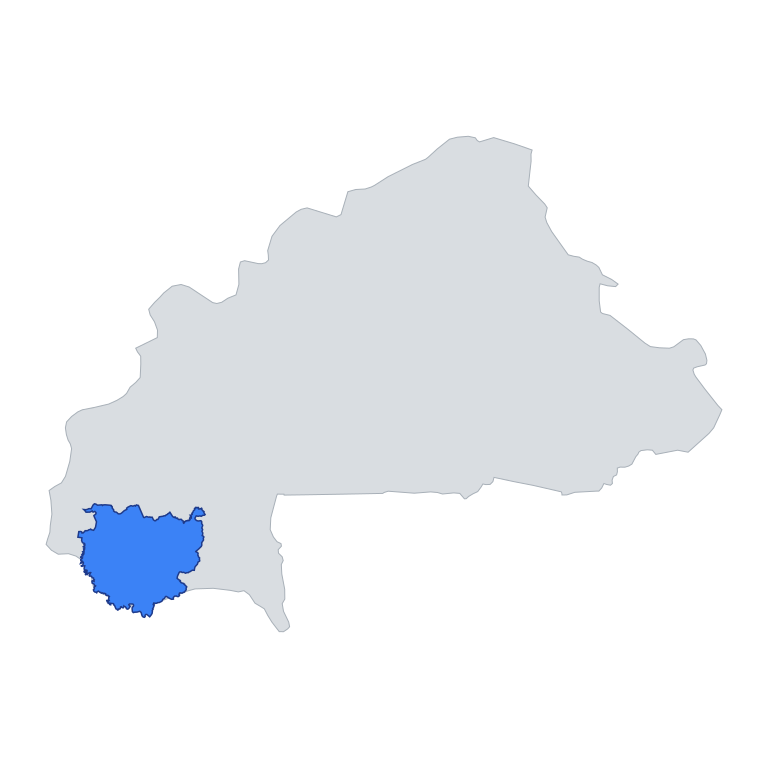 location of Comoe, Komoé, Burkina Faso
{"feature_id": "67063806B6461887322435", "entity_name": "Comoe", "entity_type": "district", "adm_level": 2, "iso_a3": "BFA", "parent_name": "Burkina Faso", "parent_adm1": "Komoé", "projection": "orthographic", "projection_center": [-4.497, 10.243], "detail": "fine", "context": "in_parent", "style": "filled", "palette": "blue", "viewbox_px": 768, "rotation_deg": 0, "n_neighbors": 0, "source": "geoboundaries", "source_scale": "gbopen_adm2", "svg_char_len": 9029}
<svg xmlns="http://www.w3.org/2000/svg" viewBox="0 0 768 768"><path d="M596.8,491.1L574.8,492.3L566.8,494.9L562.0,495.0L561.8,493.0L561.2,491.8L533.3,485.4L513.8,481.6L494.0,477.4L492.9,481.6L490.1,484.4L485.9,484.6L482.9,484.0L480.9,487.3L477.7,491.6L473.2,493.7L468.7,496.4L466.2,498.7L464.4,498.8L459.8,493.4L453.8,492.9L442.5,494.0L437.5,492.5L430.6,491.9L414.3,493.2L388.2,491.2L384.0,492.5L382.8,493.4L357.0,493.9L328.6,494.4L304.9,494.8L284.1,495.1L284.0,494.2L277.4,494.1L276.6,496.0L270.8,517.8L270.2,529.7L273.4,537.0L277.0,541.7L281.0,543.6L281.4,546.2L278.2,549.7L278.5,553.2L282.2,556.8L283.2,560.6L281.3,564.5L281.8,574.1L284.7,589.3L284.8,599.1L282.2,603.6L283.5,611.3L288.7,622.1L289.6,626.7L287.8,628.8L283.5,631.7L279.2,631.6L274.1,625.0L271.9,622.1L267.8,615.5L264.3,608.8L259.6,605.9L255.0,603.2L249.4,594.7L244.0,590.7L238.3,591.9L230.0,590.3L213.2,588.3L195.1,588.9L187.7,590.9L180.3,594.0L161.5,600.8L154.1,604.2L148.5,612.7L142.2,612.5L135.8,609.8L131.8,605.9L123.2,606.8L115.0,603.0L107.0,595.6L101.1,593.2L93.6,587.9L91.5,577.7L86.8,570.5L82.5,560.6L76.0,556.1L68.5,553.7L58.2,554.2L51.4,550.2L46.1,544.4L47.5,539.4L49.9,532.2L50.3,525.4L51.9,514.2L50.9,500.3L49.1,490.5L54.8,486.5L61.4,482.9L65.5,476.3L69.8,461.4L71.6,448.6L70.3,443.9L68.1,440.1L66.4,434.6L65.4,427.8L66.6,421.9L71.6,416.5L77.8,411.9L82.3,409.8L94.0,407.5L108.6,404.1L117.0,400.3L123.2,396.5L126.6,393.4L130.1,387.2L135.8,382.4L140.2,377.5L140.8,363.9L140.7,356.2L137.5,351.9L135.7,348.2L157.3,337.6L157.5,330.1L154.5,321.8L150.2,315.0L148.7,309.2L154.6,302.4L159.9,297.2L163.8,292.9L172.2,286.2L181.1,284.5L189.1,287.0L212.7,302.6L216.8,303.5L221.7,302.3L227.9,298.2L236.0,294.9L238.9,284.4L238.6,269.0L240.4,262.0L244.6,260.7L258.2,263.6L261.7,263.7L265.6,262.7L268.5,260.0L268.3,255.0L267.7,250.6L272.0,236.3L280.0,225.5L296.2,212.0L301.2,209.3L307.1,207.9L336.3,216.9L341.0,214.6L347.9,191.7L355.8,189.5L365.2,189.0L371.3,187.0L374.5,185.4L388.2,176.6L412.4,164.5L425.5,159.3L428.0,157.4L437.3,148.9L449.5,139.2L457.4,137.2L468.3,136.3L475.3,137.8L477.2,140.5L479.5,141.9L493.7,137.6L514.3,143.8L532.1,150.0L531.0,154.0L531.1,161.2L529.8,172.5L528.3,186.1L535.8,194.8L544.8,204.1L547.2,207.8L545.1,217.1L546.8,222.6L551.7,231.6L559.8,243.0L568.2,254.8L573.8,256.3L579.2,257.1L582.5,259.2L587.3,261.2L592.0,262.5L596.2,265.0L598.9,267.5L602.4,274.8L611.7,279.5L618.1,284.1L615.6,286.6L607.7,285.8L600.1,283.8L599.2,287.3L599.2,300.8L600.6,312.0L602.4,313.5L610.0,315.4L628.3,329.6L644.9,343.1L650.4,346.6L659.5,347.8L669.5,348.2L673.8,346.8L683.4,339.7L688.6,338.8L693.4,338.9L696.0,339.9L700.8,345.5L705.4,354.0L706.9,360.3L706.5,363.7L705.1,365.0L697.1,366.8L693.7,368.1L692.9,370.0L694.2,374.2L695.8,376.9L704.9,389.1L717.9,405.5L721.9,409.7L719.8,414.7L713.7,427.8L709.0,433.4L688.1,452.2L677.6,450.2L655.8,454.4L652.4,450.2L647.3,449.8L640.9,450.6L638.7,452.3L638.0,454.1L635.8,456.7L631.9,464.1L628.8,466.0L624.9,467.2L620.1,467.1L617.3,468.1L617.4,471.7L616.6,474.9L613.4,476.5L612.1,480.1L612.4,483.5L610.5,485.2L606.4,484.4L603.9,483.5L601.7,488.0L598.9,491.1L596.8,491.1Z" fill="#d9dde1" stroke="#a8b0b8" stroke-width="1"/><path d="M201.6,508.2L200.5,508.8L200.0,508.7L199.9,509.0L198.6,509.0L198.3,508.7L198.4,507.5L198.1,507.4L196.6,507.8L196.0,507.3L195.2,508.3L195.0,508.1L194.6,508.4L194.4,508.9L194.7,509.7L193.3,511.0L192.8,512.4L191.9,513.3L191.9,513.7L192.3,514.1L192.2,514.4L191.3,514.9L191.1,515.3L190.3,515.3L191.0,516.2L190.3,516.9L190.7,517.6L191.3,517.3L191.3,518.0L190.5,517.8L189.8,517.9L189.6,518.4L190.1,519.6L189.5,520.2L189.0,520.1L188.8,520.7L187.7,520.4L187.0,520.9L186.6,520.7L186.2,520.8L185.6,521.0L185.5,521.5L184.5,521.6L184.2,522.9L183.7,523.2L183.3,522.7L183.6,522.3L183.7,521.5L183.1,520.9L182.4,520.8L181.5,519.4L179.9,519.3L179.2,519.6L178.2,519.3L177.5,518.1L176.7,518.1L176.4,518.3L175.6,517.7L175.4,517.0L175.2,517.0L175.0,517.5L174.5,517.5L174.3,517.1L173.8,517.3L172.6,516.5L169.9,512.2L169.6,512.3L169.0,513.2L167.9,513.7L167.4,514.4L166.0,515.0L165.2,515.8L163.9,515.8L163.2,516.2L159.3,516.8L158.4,518.7L157.8,519.5L157.0,519.4L156.5,519.7L155.7,520.7L154.6,520.7L153.4,519.8L152.2,517.2L150.5,517.3L149.9,516.9L149.3,517.2L148.3,517.1L146.5,516.5L144.2,517.6L143.6,517.4L138.4,505.4L137.6,505.4L136.7,504.9L135.8,505.4L135.5,506.0L134.7,505.5L132.8,506.2L131.8,505.8L130.8,505.7L127.8,507.2L126.6,508.2L126.8,509.4L124.3,510.6L121.3,513.3L119.9,513.9L118.2,513.8L117.1,512.7L116.2,512.1L114.9,512.0L113.6,511.0L113.7,509.9L112.1,507.9L112.3,507.3L112.1,506.5L111.3,506.2L111.3,505.5L111.1,505.4L109.9,505.2L105.1,504.8L103.5,504.9L102.4,505.5L102.0,504.8L97.5,505.2L95.9,504.1L94.4,503.8L93.1,505.0L91.1,508.8L89.9,508.6L88.6,508.7L87.8,509.2L86.0,509.7L83.7,509.5L84.8,510.5L86.0,512.2L89.9,512.1L92.1,511.0L92.2,511.4L93.1,512.1L94.8,511.4L95.9,512.5L96.1,513.0L95.9,513.2L95.9,513.7L95.7,514.2L93.9,515.5L94.1,516.4L96.5,521.8L95.5,527.3L93.6,530.3L91.6,529.8L91.1,529.4L91.1,529.6L90.2,529.5L89.0,529.7L87.8,530.5L86.9,530.7L85.1,530.7L84.5,531.7L82.9,532.8L82.9,533.0L81.8,532.9L81.7,531.9L81.4,531.7L80.5,531.5L78.8,531.6L77.9,537.2L81.9,537.8L81.6,540.5L82.3,542.3L83.2,543.1L84.4,543.4L84.7,543.8L84.7,544.2L84.0,544.6L84.5,545.6L84.8,545.4L84.8,545.9L84.4,546.4L83.5,546.5L83.2,546.8L84.7,547.9L83.5,548.9L83.6,549.2L84.5,549.2L84.5,549.6L83.8,550.5L84.0,551.5L83.3,551.4L82.7,551.7L83.7,552.8L83.0,552.9L82.6,553.5L82.9,553.8L83.4,553.4L83.7,554.2L83.3,554.5L82.6,554.4L82.0,554.6L82.8,555.8L82.4,556.0L82.0,555.8L80.7,557.0L80.7,557.4L82.1,557.6L82.5,557.9L81.9,558.8L80.8,559.3L80.8,560.5L81.3,560.9L81.8,560.9L81.7,561.7L81.0,562.2L80.5,563.4L82.2,562.7L82.9,561.9L83.4,562.6L83.4,563.3L82.6,565.3L81.5,565.6L81.2,565.9L81.6,566.3L82.0,566.4L82.8,566.0L84.7,565.8L84.4,567.4L84.1,568.0L84.2,569.3L85.2,570.0L86.8,570.2L87.2,570.9L86.9,571.3L86.1,571.5L85.6,571.0L84.7,571.1L84.3,570.9L84.0,571.6L84.5,572.4L86.9,572.5L87.0,572.7L85.6,573.9L85.4,574.3L85.6,574.7L86.5,574.4L87.2,574.6L87.5,574.0L88.7,573.1L90.1,572.5L90.7,572.6L89.8,574.5L89.3,574.9L89.2,575.6L89.5,576.1L90.7,576.0L91.6,576.4L91.9,577.2L92.5,577.8L93.5,578.0L93.6,579.1L94.3,579.7L93.7,580.5L94.1,581.0L94.1,581.4L92.2,580.7L91.9,581.2L92.1,583.1L93.9,584.0L94.2,584.4L94.2,585.0L95.6,585.9L95.3,586.4L94.6,586.5L94.1,587.1L94.4,587.9L94.3,588.6L94.0,589.3L93.4,589.8L93.8,591.1L94.8,592.0L96.1,592.3L96.7,592.8L97.2,591.7L98.4,591.1L100.1,592.4L100.8,592.4L101.3,593.1L102.7,592.9L103.3,593.6L104.3,593.3L105.5,593.7L105.7,593.8L105.7,594.7L106.5,595.5L107.9,595.3L108.6,596.1L109.2,596.3L109.4,596.6L108.8,597.2L108.8,598.2L108.5,599.2L109.2,600.5L106.8,600.4L106.7,600.6L107.4,602.0L108.2,601.9L108.2,603.2L109.1,603.0L109.4,603.2L109.5,604.3L110.2,604.8L110.7,604.8L110.7,603.3L113.3,603.6L113.6,603.9L113.7,604.9L114.5,605.4L115.8,608.5L116.1,609.0L117.2,609.2L117.5,610.0L118.4,609.8L119.0,608.8L119.8,609.0L120.4,608.2L120.5,607.0L120.9,606.8L121.3,606.7L121.6,607.3L122.4,607.4L123.0,607.9L123.8,606.8L123.9,606.0L124.6,606.6L125.2,606.7L126.2,607.8L126.3,608.5L127.1,609.1L128.0,609.1L129.2,608.0L130.2,606.3L130.0,606.0L129.4,605.8L128.8,604.7L129.0,604.5L129.5,604.0L132.4,604.0L133.2,604.3L133.6,605.1L133.4,606.3L132.2,607.5L132.1,609.0L132.4,611.6L133.2,612.5L133.4,612.6L134.6,612.2L137.0,612.1L139.8,611.3L140.9,612.2L141.2,612.7L141.8,615.0L142.3,616.2L143.2,617.0L144.4,617.3L144.8,617.0L145.2,616.5L145.0,615.7L145.2,615.1L146.0,614.4L146.9,614.5L149.7,616.8L151.3,614.8L152.1,613.4L152.4,611.3L152.2,610.7L153.0,609.4L152.6,608.8L153.1,608.1L153.4,607.9L153.4,607.2L153.9,606.3L153.8,605.8L154.3,605.0L154.1,604.7L153.3,604.7L153.2,604.5L153.8,603.0L155.4,603.3L156.9,603.2L157.5,602.6L159.1,602.6L161.6,601.4L162.2,600.8L162.7,599.5L164.6,598.2L165.0,597.2L165.9,596.4L166.5,596.5L170.3,598.8L171.7,599.3L173.4,599.1L173.3,597.6L174.5,596.2L176.4,596.0L177.1,596.5L178.2,596.6L178.8,596.3L179.5,595.4L179.0,594.6L179.5,593.1L180.2,592.8L180.7,593.1L182.5,593.0L183.3,592.3L184.1,592.3L186.2,589.8L186.1,588.0L186.6,587.3L186.7,586.7L184.8,584.9L184.6,584.3L184.1,584.3L183.8,583.5L181.1,582.7L180.3,581.7L180.5,581.7L180.5,581.0L180.1,580.4L178.6,579.6L177.1,578.3L177.5,576.1L179.2,572.4L179.6,572.0L181.3,571.9L181.9,572.4L182.3,572.5L183.8,572.3L185.5,573.2L187.0,572.6L188.2,572.7L189.0,572.0L189.8,571.8L192.3,570.2L194.3,570.3L194.7,567.8L195.2,566.6L197.4,564.2L198.0,562.1L199.6,561.1L199.7,560.1L199.3,559.4L199.6,557.9L198.4,556.8L198.3,555.9L197.8,555.2L198.1,553.2L197.3,552.4L196.1,551.9L195.8,551.4L198.7,549.0L201.3,546.4L201.8,545.2L201.7,542.7L203.5,540.0L203.3,538.1L203.9,537.0L203.2,536.1L202.2,535.6L202.6,534.5L202.8,533.0L201.9,531.2L202.5,530.1L202.6,529.4L201.8,528.0L202.7,525.5L202.5,524.8L201.7,523.6L201.6,523.0L201.8,522.0L201.3,521.0L200.6,520.7L198.3,521.0L196.9,520.7L195.4,519.6L194.9,518.2L196.2,515.9L198.1,516.3L199.9,515.9L201.2,516.3L202.9,515.3L204.4,515.2L205.1,514.6L203.9,512.6L204.0,511.7L203.6,511.7L202.6,510.4L202.2,510.3L202.5,510.3L201.8,509.6L201.9,508.7L201.6,508.2Z" fill="#3b82f6" stroke="#1e3a8a" stroke-width="1.5"/></svg>